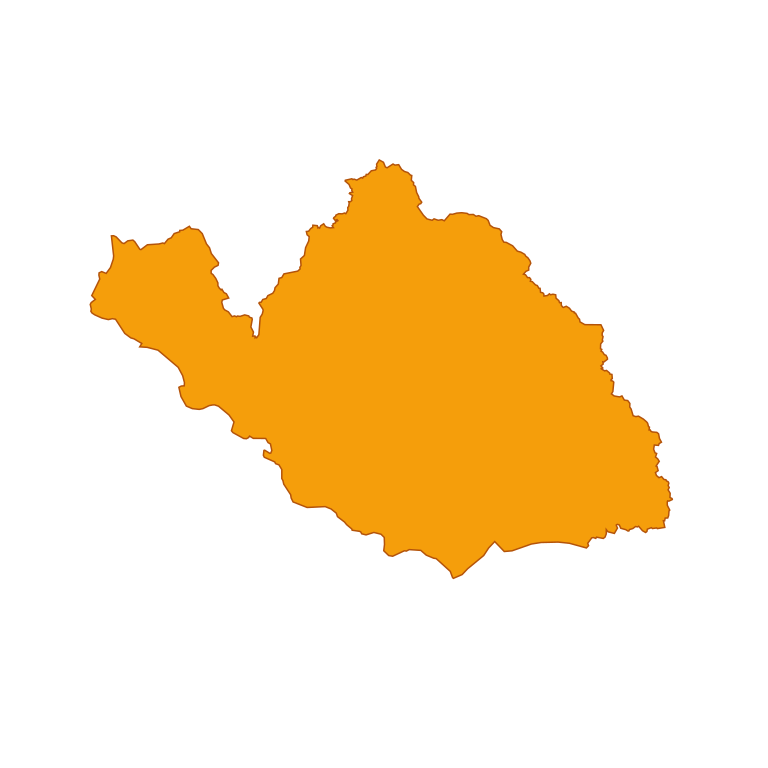 the district of Magway, Magway, Myanmar, rotated 330°
{"feature_id": "60261553B24389889044331", "entity_name": "Magway", "entity_type": "district", "adm_level": 2, "iso_a3": "MMR", "parent_name": "Myanmar", "parent_adm1": "Magway", "projection": "mercator", "projection_center": [95.349, 20.285], "detail": "fine", "context": "isolated", "style": "filled", "palette": "amber", "viewbox_px": 768, "rotation_deg": 330, "n_neighbors": 0, "source": "geoboundaries", "source_scale": "gbopen_adm2", "svg_char_len": 6171}
<svg xmlns="http://www.w3.org/2000/svg" viewBox="0 0 768 768"><g transform="rotate(330 384 384)"><path d="M491.9,187.6L487.5,189.9L486.5,192.3L485.5,192.4L485.3,193.7L483.7,194.4L479.6,193.0L474.8,194.5L473.4,193.6L472.2,194.8L469.8,194.2L468.5,195.0L467.5,193.8L462.4,193.8L460.5,191.6L459.3,191.4L458.8,190.2L452.4,188.2L451.8,188.8L453.5,193.7L453.0,197.5L453.8,199.0L452.9,200.2L452.8,202.2L450.1,201.3L449.2,201.8L451.0,205.1L448.4,207.4L447.9,209.0L446.0,209.3L444.6,208.5L444.3,209.9L442.2,212.5L440.9,213.0L439.6,215.5L436.1,217.4L435.3,216.2L432.8,215.7L430.0,213.9L426.8,213.7L426.0,214.5L423.8,214.8L423.1,215.3L423.5,217.9L425.5,218.1L425.7,219.5L423.0,219.4L422.5,220.2L420.0,219.8L419.4,220.8L418.2,221.0L418.4,223.3L415.4,221.9L412.8,219.5L412.0,217.9L411.9,215.1L408.3,215.3L406.2,216.8L405.6,215.7L404.8,215.8L405.4,213.5L401.8,210.9L400.6,212.6L398.3,212.7L395.1,214.0L393.0,213.1L392.0,216.3L392.9,219.0L390.2,222.6L384.3,226.7L379.3,232.9L374.2,234.0L371.4,239.9L369.5,240.9L368.9,242.4L365.7,243.1L352.4,238.6L348.7,240.7L345.9,240.0L342.4,244.6L337.8,246.1L335.8,248.4L333.0,249.8L327.6,249.4L324.8,251.1L321.3,250.2L318.4,251.8L317.0,251.0L316.1,251.4L316.5,258.8L316.0,260.0L313.5,262.6L310.1,264.4L300.3,278.7L296.9,280.3L296.6,279.3L295.5,279.5L296.2,277.9L294.2,276.9L296.9,273.8L297.2,268.1L302.2,262.2L302.6,260.8L300.9,258.9L300.9,257.4L297.9,254.5L293.2,253.5L291.1,251.9L289.9,252.0L288.6,250.3L286.1,249.7L285.3,243.7L283.1,240.1L282.8,238.1L284.3,232.2L286.0,230.4L292.5,231.9L292.6,227.1L291.1,224.7L291.0,220.9L290.0,221.1L289.3,218.5L289.3,215.8L290.7,213.4L291.1,208.5L290.6,203.8L289.7,201.7L291.1,199.2L295.6,198.0L299.6,198.3L301.3,196.3L299.7,184.7L301.0,178.8L300.3,173.9L301.8,162.9L300.4,157.4L294.6,153.1L294.3,150.1L286.7,150.2L283.9,148.9L283.2,150.0L277.5,148.8L272.9,151.0L269.4,150.6L264.0,152.6L263.0,151.3L259.1,150.2L248.7,145.1L240.7,146.1L239.9,145.3L239.3,136.1L238.5,133.8L233.7,131.9L229.1,132.4L227.6,130.7L225.6,122.7L224.0,120.4L222.0,119.4L213.9,137.9L211.9,140.6L205.3,146.4L198.7,149.3L195.7,145.5L192.8,145.3L191.5,147.2L190.3,151.0L175.1,161.3L176.3,166.4L171.1,167.1L169.4,168.2L168.0,172.7L166.5,174.5L166.6,176.5L168.1,179.5L172.8,186.0L177.5,190.4L181.4,191.6L183.9,193.7L184.8,210.6L187.8,217.5L190.1,219.9L194.5,227.8L191.0,229.7L197.2,233.8L205.2,241.7L214.1,266.6L213.8,276.1L211.9,283.0L210.1,285.7L207.4,284.4L204.7,284.3L201.9,293.4L201.8,304.3L205.7,309.5L211.3,313.6L214.9,314.8L221.8,315.3L225.2,316.5L226.9,317.4L229.6,320.5L234.3,333.4L235.1,341.9L228.5,348.2L228.9,350.6L235.2,361.0L237.5,362.6L239.9,362.7L241.5,361.9L243.6,365.7L254.3,372.0L254.3,376.8L255.7,379.1L253.6,385.5L251.4,387.2L250.4,386.9L247.6,381.7L246.8,381.5L243.9,385.4L243.7,387.6L250.4,396.8L250.3,398.8L252.6,401.5L252.7,407.0L248.2,414.8L248.2,417.0L247.1,420.6L247.8,433.2L246.6,436.3L246.3,440.7L255.7,452.5L271.8,460.8L275.7,465.8L278.1,472.0L277.4,475.6L280.8,483.8L281.3,487.1L283.6,493.4L283.3,494.7L289.2,499.4L289.9,500.6L289.8,502.6L293.0,505.7L301.0,507.5L306.3,512.6L307.5,517.0L304.2,523.2L300.4,528.3L302.3,534.9L305.4,537.5L318.2,538.6L319.9,539.9L323.0,540.0L332.7,546.5L335.0,553.3L339.9,559.7L341.9,561.3L347.7,579.4L346.6,585.9L346.9,587.0L356.4,588.1L364.1,585.8L384.6,582.4L392.7,578.3L401.1,575.8L404.4,589.2L411.5,592.5L431.7,596.3L440.8,599.8L455.8,608.0L464.9,614.6L477.3,627.2L480.3,626.3L480.8,623.8L487.0,621.1L488.6,621.7L490.2,623.6L491.5,622.9L496.7,627.4L498.9,627.1L501.6,624.9L503.7,621.2L504.1,624.0L508.8,628.6L514.2,625.5L514.4,622.8L514.9,622.1L516.0,622.3L517.3,623.7L516.9,627.3L520.6,631.1L521.7,633.2L522.6,633.7L523.8,632.8L527.2,633.6L530.6,633.2L532.1,634.5L533.4,634.5L534.5,640.3L536.3,643.4L537.9,643.2L539.5,641.4L543.7,642.1L544.2,643.4L548.2,645.0L548.4,645.9L555.5,648.6L557.6,642.1L558.6,642.8L560.5,640.7L562.7,641.9L564.7,640.3L567.3,636.5L568.4,636.1L568.7,630.7L570.3,627.8L571.2,627.1L572.2,627.9L575.9,628.2L576.2,627.2L574.9,625.3L577.2,621.7L577.1,617.7L579.2,616.3L579.3,614.0L581.1,612.3L581.2,610.7L580.2,609.1L580.3,607.9L578.7,606.6L578.1,603.0L575.3,602.6L574.2,599.4L574.8,596.4L578.1,596.1L579.2,592.0L578.6,591.1L583.7,588.6L583.6,585.5L582.6,583.0L585.4,580.5L584.3,579.1L584.9,575.3L587.6,572.0L591.0,574.4L592.5,573.2L595.2,573.1L595.3,569.0L596.9,564.4L596.1,562.3L592.3,559.6L591.5,558.3L591.6,556.9L590.6,556.3L592.3,554.1L591.8,553.1L592.7,549.8L592.5,548.2L591.1,544.1L588.3,539.1L585.7,538.1L583.9,536.0L585.5,529.2L585.3,526.8L587.2,523.8L586.8,520.2L584.1,518.1L584.1,513.3L581.6,513.0L577.4,509.5L576.0,506.3L578.4,505.0L583.9,497.3L583.5,495.7L582.3,494.6L583.0,493.6L584.4,493.5L586.2,489.7L584.5,488.2L584.9,487.3L583.5,483.5L581.6,482.9L579.8,479.5L581.5,479.5L580.9,476.8L583.8,476.3L584.6,474.2L585.3,474.9L589.9,474.3L590.5,473.1L590.6,470.1L589.5,468.8L589.3,465.6L588.4,464.1L589.9,462.9L589.1,461.7L591.7,457.6L595.0,456.3L595.0,455.1L597.4,452.5L597.3,450.9L598.5,448.9L601.0,447.4L601.5,441.2L587.6,433.0L584.8,428.2L585.7,425.7L585.2,423.9L585.3,418.5L584.4,417.6L584.8,416.9L582.9,414.6L582.5,411.1L580.7,407.8L577.6,407.4L577.2,406.7L576.9,404.6L578.2,402.1L576.7,401.3L577.1,399.2L575.9,395.7L577.3,392.6L575.2,390.7L572.9,390.0L572.3,388.6L569.8,389.1L566.5,387.8L567.4,386.0L567.1,384.4L565.4,382.9L567.0,379.2L566.0,378.6L566.0,375.4L564.7,373.9L563.6,369.5L562.1,368.2L563.5,366.8L563.2,364.6L561.5,363.6L561.2,360.2L559.7,358.6L563.3,357.4L566.3,357.7L567.8,355.1L571.5,352.8L572.0,350.3L571.7,346.5L570.7,344.3L570.7,342.1L568.5,338.3L565.9,335.6L564.5,328.6L560.7,322.5L558.7,321.1L558.6,318.0L560.1,312.9L562.1,311.0L561.4,307.3L557.0,303.3L555.2,299.6L556.0,294.4L555.3,292.0L550.2,285.6L547.5,284.7L546.2,281.9L542.2,279.7L541.3,277.8L536.9,274.5L532.5,272.4L528.2,271.3L526.1,269.9L517.8,272.8L516.3,270.6L512.8,269.3L509.9,266.0L507.6,266.3L503.8,262.6L502.5,257.5L501.6,247.0L504.3,245.8L506.0,246.2L507.6,245.4L507.1,240.7L507.7,239.2L508.0,234.5L510.0,228.6L509.1,226.3L510.4,224.4L509.5,221.3L512.3,217.3L511.4,216.4L510.4,212.8L508.0,210.2L506.5,206.9L506.4,201.4L502.9,199.9L501.8,198.0L494.8,198.3L493.7,196.8L494.4,191.7L491.9,187.6Z" fill="#f59e0b" stroke="#b45309" stroke-width="1.5"/></g></svg>